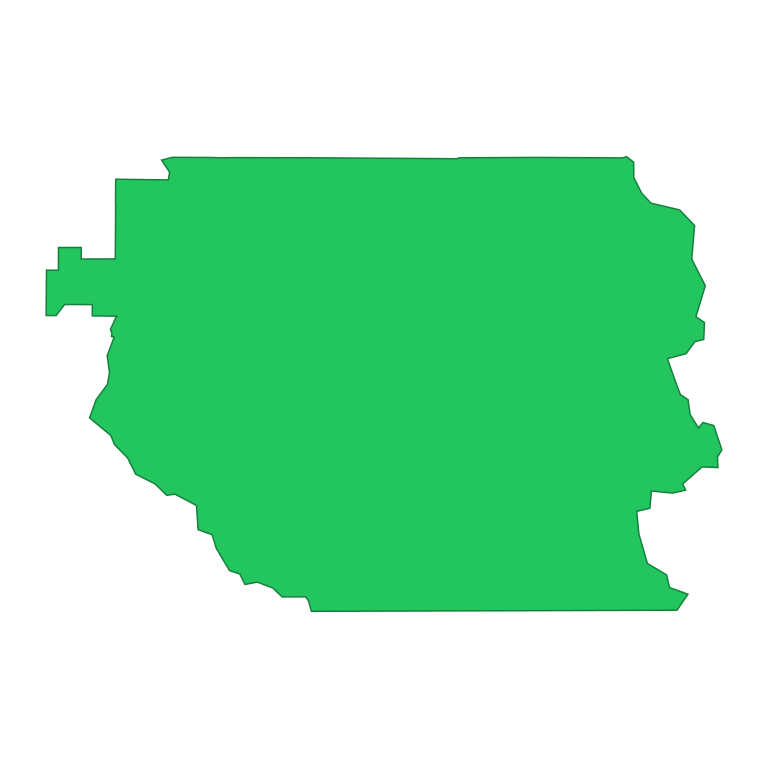 outline of Clackamas, Oregon, United States of America
{"feature_id": "52423323B19187605552860", "entity_name": "Clackamas", "entity_type": "district", "adm_level": 2, "iso_a3": "USA", "parent_name": "United States of America", "parent_adm1": "Oregon", "projection": "orthographic", "projection_center": [-122.297, 45.174], "detail": "fine", "context": "isolated", "style": "filled", "palette": "green", "viewbox_px": 768, "rotation_deg": 0, "n_neighbors": 0, "source": "geoboundaries", "source_scale": "gbopen_adm2", "svg_char_len": 1392}
<svg xmlns="http://www.w3.org/2000/svg" viewBox="0 0 768 768"><path d="M677.0,610.2L687.9,594.2L669.5,587.5L666.6,574.9L647.4,563.5L638.9,534.0L636.7,511.4L649.9,508.2L651.4,491.0L672.4,493.1L685.7,490.1L682.7,483.9L702.1,466.9L718.0,467.6L717.4,457.1L721.9,449.9L713.8,425.6L703.0,422.5L698.4,427.9L690.1,414.4L688.1,399.7L680.4,394.6L676.9,385.7L667.4,358.6L686.0,353.7L695.0,341.6L703.7,339.5L704.5,322.5L695.9,316.8L705.3,285.8L691.7,259.0L694.6,225.6L679.7,210.0L650.9,203.1L641.7,193.2L633.8,177.5L633.7,162.2L626.6,156.7L622.5,157.9L536.2,157.4L459.2,157.8L457.0,158.7L315.2,157.8L235.4,157.6L224.3,157.8L218.3,157.8L212.7,157.5L197.2,157.4L194.5,157.4L172.4,157.3L161.6,160.1L169.6,172.2L168.3,179.9L137.2,179.5L121.5,179.3L118.7,179.2L115.8,179.2L115.6,184.9L115.5,203.3L115.6,204.8L115.4,246.0L115.3,258.9L81.2,259.0L81.2,247.5L58.5,247.5L58.4,270.3L46.5,270.1L46.1,315.5L56.1,315.6L64.6,304.5L92.3,304.6L92.3,315.9L103.6,316.0L117.6,316.2L116.3,316.5L110.4,329.5L111.9,332.9L111.4,336.5L114.1,337.2L107.2,355.7L109.5,372.8L107.4,384.4L96.1,399.7L89.6,417.9L110.9,435.6L114.6,444.7L127.6,457.9L135.7,474.2L155.2,484.0L166.7,495.3L175.0,494.2L196.5,505.5L198.1,529.7L212.1,534.7L216.3,548.4L229.5,570.6L239.8,574.0L245.0,584.5L257.2,582.1L272.7,588.0L282.2,596.9L305.6,596.8L308.5,600.8L311.4,611.3L659.6,610.3L677.0,610.2Z" fill="#22c55e" stroke="#15803d" stroke-width="1.5"/></svg>